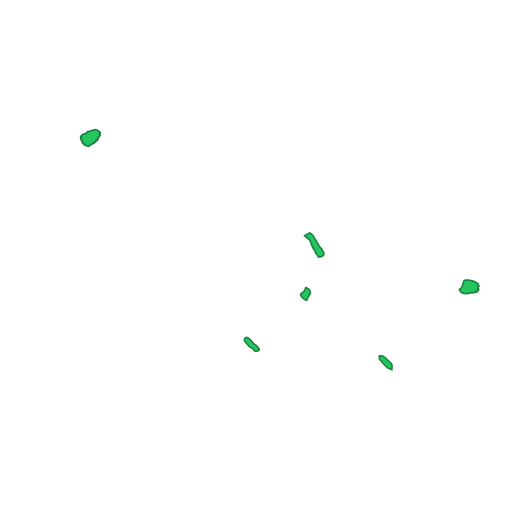 outline of Lulunga, Tonga, rotated 299°
{"feature_id": "48082658B21371704664746", "entity_name": "Lulunga", "entity_type": "district", "adm_level": 2, "iso_a3": "TON", "parent_name": "Tonga", "parent_adm1": "", "projection": "equal_earth", "projection_center": [-174.727, -19.925], "detail": "fine", "context": "isolated", "style": "filled", "palette": "green", "viewbox_px": 512, "rotation_deg": 299, "n_neighbors": 0, "source": "geoboundaries", "source_scale": "gbopen_adm2", "svg_char_len": 3321}
<svg xmlns="http://www.w3.org/2000/svg" viewBox="0 0 512 512"><g transform="rotate(299 256 256)"><path d="M271.2,49.3L270.8,49.3L270.5,49.9L270.3,50.8L270.7,51.4L269.9,52.2L269.9,52.6L270.0,53.2L270.4,53.4L270.1,53.8L270.3,55.3L270.5,55.6L270.6,56.2L270.7,56.6L271.1,56.8L271.5,56.9L272.5,57.1L273.0,57.4L273.5,57.9L273.9,57.5L274.2,58.3L276.2,59.6L276.4,59.0L276.8,59.1L276.9,59.9L277.6,60.1L277.8,59.8L278.2,60.1L279.4,60.8L279.5,60.0L279.9,59.9L279.8,60.7L280.6,61.1L281.1,60.6L281.4,60.9L281.8,60.6L282.1,60.7L282.2,61.2L283.1,60.9L283.1,60.4L283.5,60.5L283.7,61.0L285.6,61.2L285.7,60.6L286.0,60.4L286.3,61.0L287.4,60.5L287.3,60.0L287.5,59.9L287.8,60.3L288.4,60.1L288.8,58.9L288.6,58.1L288.9,58.1L289.1,57.4L289.2,55.6L288.3,53.5L287.4,53.0L287.0,52.3L286.6,52.4L286.1,51.6L285.6,50.9L284.5,49.8L283.7,49.5L283.4,48.5L282.4,48.8L282.2,48.2L281.4,48.0L280.7,47.3L279.4,46.9L278.8,45.7L277.4,45.1L276.5,45.5L276.3,44.9L275.5,44.8L274.8,45.4L274.0,45.3L273.8,45.8L273.1,46.0L272.6,47.0L272.3,48.5L271.6,48.3L271.2,49.3ZM323.7,452.8L323.6,453.2L323.7,454.7L324.4,457.0L325.1,458.5L325.7,459.3L326.3,459.9L327.6,461.1L327.6,461.5L328.4,462.1L328.6,463.2L329.1,463.3L329.3,464.0L329.8,464.1L330.1,464.7L330.9,465.1L330.8,465.7L331.1,466.5L331.7,466.3L332.4,466.6L332.4,466.9L332.6,467.0L333.0,466.5L333.5,466.2L334.3,466.5L334.2,467.1L334.5,467.2L335.2,466.6L335.7,465.7L336.4,465.1L336.8,465.3L336.8,465.5L337.1,465.5L337.6,465.6L338.1,465.5L338.0,464.8L338.5,464.1L338.9,463.6L339.3,463.7L339.5,463.0L339.3,462.9L339.6,461.6L339.7,460.3L339.4,458.2L338.8,455.8L338.3,454.5L337.8,453.2L337.6,452.4L336.8,451.2L336.4,450.9L335.8,450.2L334.8,449.9L333.3,450.1L332.3,450.5L332.0,451.0L331.5,450.8L330.7,450.7L329.1,451.2L328.6,451.1L327.8,450.9L327.1,451.0L326.7,450.7L326.2,450.3L325.4,450.2L324.9,450.2L324.5,451.4L323.9,452.3L323.7,452.8ZM289.9,303.1L289.8,303.3L288.4,305.8L287.2,307.2L286.9,308.5L285.3,311.1L286.5,312.9L287.7,313.9L289.2,314.5L290.2,314.7L291.1,314.3L291.8,313.5L293.1,311.6L294.3,309.2L294.9,307.5L295.2,306.8L296.9,303.9L298.5,301.2L299.5,299.4L300.8,297.3L301.7,295.3L302.3,293.1L302.2,291.7L299.0,289.6L297.3,288.6L296.3,293.1L296.1,294.6L295.1,296.5L293.9,297.9L293.0,298.7L291.4,300.9L289.9,303.1ZM178.6,286.2L177.5,286.2L176.6,286.8L175.8,287.8L175.5,288.7L175.2,289.5L174.8,290.4L174.3,291.9L173.7,293.5L173.3,295.0L173.3,295.9L173.4,297.1L173.5,297.7L172.9,299.3L172.6,299.6L172.3,300.9L172.3,301.3L172.4,301.9L172.8,302.2L173.4,303.2L174.0,303.9L174.4,303.8L175.2,304.3L175.8,304.2L176.3,303.8L176.7,303.1L177.1,301.9L177.3,301.0L177.5,300.6L177.9,300.1L178.0,299.6L177.9,298.5L178.2,296.9L178.7,295.5L179.3,293.7L179.8,292.2L180.3,290.4L180.5,289.3L180.6,288.4L180.3,287.3L179.6,286.4L178.6,286.2ZM228.9,421.3L229.5,419.1L229.9,416.7L229.9,414.9L229.2,413.5L228.5,412.2L225.6,413.8L224.8,416.4L223.8,419.0L221.9,425.0L222.4,430.0L223.5,429.5L224.6,429.0L225.6,428.4L226.4,427.9L227.4,426.8L228.0,424.8L228.9,421.3ZM243.7,313.8L243.2,314.3L242.9,314.7L242.7,315.3L242.4,316.1L241.9,317.4L241.7,319.2L241.4,321.0L241.5,321.5L241.8,321.8L242.9,321.7L244.9,321.6L248.8,321.7L249.9,321.5L250.8,321.1L251.7,320.2L252.4,318.8L252.6,316.9L252.8,315.3L252.3,314.8L249.6,315.3L247.8,314.8L246.7,314.5L244.9,313.7L244.3,313.5L243.7,313.8Z" fill="#22c55e" stroke="#15803d" stroke-width="1.5"/></g></svg>